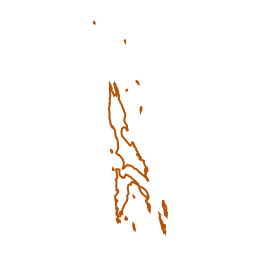 outline of Ko Yao, Phangnga, Thailand, rotated 171°
{"feature_id": "78962969B39979274143767", "entity_name": "Ko Yao", "entity_type": "district", "adm_level": 2, "iso_a3": "THA", "parent_name": "Thailand", "parent_adm1": "Phangnga", "projection": "equal_earth", "projection_center": [98.565, 7.992], "detail": "fine", "context": "isolated", "style": "outline", "palette": "amber", "viewbox_px": 256, "rotation_deg": 171, "n_neighbors": 0, "source": "geoboundaries", "source_scale": "gbopen_adm2", "svg_char_len": 5836}
<svg xmlns="http://www.w3.org/2000/svg" viewBox="0 0 256 256"><g transform="rotate(171 128 128)"><path d="M118.0,76.1L116.8,72.9L116.3,72.8L116.3,73.5L118.3,78.7L118.1,79.9L117.4,79.8L117.3,80.0L118.2,82.8L117.5,83.9L117.4,85.0L116.7,85.3L116.3,84.8L116.2,83.8L116.7,83.1L116.4,82.8L116.3,82.2L115.7,82.2L115.5,83.4L115.2,83.7L115.4,84.4L115.2,85.1L115.4,85.7L116.3,86.5L117.3,88.7L117.8,92.2L117.4,93.2L117.7,93.6L118.8,93.6L120.3,95.0L120.7,94.8L121.0,95.7L121.3,95.4L121.5,95.7L121.1,96.2L121.2,96.6L120.0,96.1L119.8,96.7L121.0,98.6L121.2,99.9L121.6,100.6L122.1,100.5L122.7,99.4L123.3,100.3L122.8,101.3L122.2,101.5L122.3,103.2L123.3,104.5L123.1,105.6L124.2,108.8L124.6,109.1L125.0,108.8L125.3,109.3L124.7,110.7L125.1,112.7L126.2,113.1L126.9,111.5L128.3,110.2L128.6,110.2L134.9,120.7L135.1,122.1L135.2,124.3L134.8,126.1L133.7,128.7L131.6,129.5L129.8,127.9L128.8,129.0L128.7,130.2L128.9,131.3L130.0,133.3L130.6,136.0L129.0,140.3L128.5,142.6L129.3,145.0L129.3,146.6L130.0,148.1L130.6,152.2L131.5,153.9L131.6,155.3L132.7,158.4L132.6,158.9L132.2,159.0L132.3,160.7L131.8,161.1L131.7,161.9L132.4,163.2L132.1,164.5L132.5,168.4L133.6,170.9L134.3,171.0L134.6,170.4L134.4,168.7L133.7,163.3L134.4,161.9L135.2,163.0L135.7,163.2L135.6,163.7L135.9,162.9L136.6,162.2L136.9,163.8L137.4,164.7L137.4,165.9L138.3,167.0L138.7,168.3L137.9,169.1L137.9,170.1L138.4,171.4L138.6,173.4L139.0,174.3L139.5,170.5L139.9,169.3L139.8,168.3L140.3,165.3L140.3,162.8L141.5,159.3L142.0,155.4L142.6,155.0L142.5,154.3L143.0,152.0L143.3,151.7L143.9,149.3L143.8,146.8L144.8,140.2L144.4,137.9L144.6,136.3L144.4,133.6L143.5,131.1L142.8,131.7L142.6,130.6L141.9,129.8L141.9,129.1L141.4,128.5L141.4,121.6L141.2,120.4L140.8,120.4L140.6,120.1L140.2,116.5L140.2,115.1L140.6,114.0L140.6,113.0L140.4,112.5L140.9,110.5L140.7,109.5L140.2,109.0L140.9,109.4L143.6,105.2L142.2,103.2L141.2,102.8L138.7,99.2L137.6,95.6L137.8,92.9L139.3,89.0L140.0,87.9L138.7,89.0L137.8,89.3L135.8,91.0L134.6,91.3L133.8,91.0L133.7,91.3L133.3,90.9L132.1,90.8L130.8,90.1L128.8,88.3L128.1,87.0L125.9,85.9L124.3,83.1L123.7,83.0L123.2,81.9L122.5,81.7L122.0,80.5L121.3,80.1L120.6,78.9L119.6,78.4L119.1,77.3L118.0,76.1ZM151.9,42.1L151.5,41.7L149.1,42.3L148.9,43.6L149.6,44.5L148.7,46.5L148.0,46.3L148.1,45.3L147.9,44.1L147.6,43.7L147.2,43.7L146.8,47.3L144.6,51.1L142.1,54.4L140.5,56.1L139.5,58.7L139.3,61.6L138.1,62.6L137.6,63.6L137.7,68.4L137.2,70.2L136.2,71.9L135.4,72.1L134.1,71.5L133.1,73.9L132.3,74.0L131.0,73.6L130.3,72.6L128.2,71.4L127.8,71.7L128.8,74.2L132.1,77.7L133.1,79.3L134.9,80.4L135.7,81.5L136.9,81.8L137.6,82.4L139.1,79.8L140.6,79.4L141.1,80.5L141.8,80.3L142.9,81.7L143.4,82.9L143.6,84.6L142.9,88.0L144.0,88.9L145.1,88.6L146.0,89.0L145.9,88.1L146.4,86.6L146.1,85.5L146.3,83.3L146.1,81.4L147.4,79.5L147.8,79.3L148.2,80.0L148.1,78.6L147.7,78.1L147.8,76.3L148.3,73.7L148.8,72.5L148.6,70.3L149.2,68.6L148.8,68.0L148.3,68.3L147.6,68.1L147.5,67.0L147.8,66.0L148.5,65.7L148.8,65.0L150.9,63.3L151.5,62.0L151.7,58.6L151.2,58.3L150.6,58.8L150.3,58.5L150.3,57.9L149.9,57.9L149.9,57.5L150.6,56.8L151.4,57.1L151.3,56.0L151.8,54.5L151.7,53.7L152.2,50.2L151.2,50.8L150.7,50.1L151.3,49.4L151.0,48.8L151.0,48.4L151.6,48.0L151.4,47.7L151.5,46.9L152.1,46.2L152.6,46.4L153.0,45.4L152.4,44.7L151.9,44.9L151.8,44.7L151.8,44.0L152.3,44.1L152.6,43.6L152.1,43.4L151.8,42.6L151.9,42.1ZM118.9,55.4L118.6,55.8L118.8,59.7L120.0,63.3L122.7,66.6L125.5,68.1L126.0,68.8L126.0,68.4L126.3,66.9L125.6,64.6L125.6,63.7L124.9,62.3L124.0,60.7L122.0,58.1L120.2,57.2L118.9,55.4ZM104.9,35.9L104.1,35.0L104.2,35.6L103.6,36.3L103.7,35.5L103.3,35.6L102.9,37.6L102.9,39.1L103.4,40.1L102.9,41.4L102.6,43.3L103.1,44.8L103.1,45.7L103.7,46.0L104.2,46.9L104.0,48.0L104.5,49.8L104.5,51.3L105.2,49.7L105.7,46.7L105.7,45.4L104.9,45.4L105.5,44.7L105.1,43.5L105.2,42.6L104.7,41.6L105.1,38.2L104.6,37.1L104.9,36.7L104.9,35.9ZM120.1,50.5L120.6,50.2L120.7,47.2L120.2,43.5L119.6,42.4L118.6,47.8L119.0,49.2L119.7,50.3L120.1,50.5ZM109.6,26.0L109.5,24.5L108.5,25.4L108.9,28.7L108.7,29.3L109.7,32.2L110.1,32.4L110.4,32.1L110.6,31.2L110.2,27.7L109.6,26.0ZM152.7,36.1L151.9,36.7L151.4,38.5L151.6,39.0L153.0,40.4L153.2,40.2L153.4,38.8L153.3,38.3L152.7,37.6L152.9,36.4L152.7,36.1ZM137.7,32.4L138.1,30.8L137.9,26.9L137.3,26.1L137.0,27.0L137.4,29.2L137.1,31.3L137.7,32.4ZM144.6,37.8L143.4,37.8L143.1,38.5L143.6,38.7L144.1,40.1L144.8,39.2L145.0,38.4L144.6,37.8ZM107.7,18.6L107.3,19.8L107.5,20.2L108.5,19.9L109.3,23.0L109.8,23.5L109.7,22.3L109.3,21.8L108.8,19.5L108.1,19.7L107.7,18.6ZM111.9,146.5L112.6,145.0L112.8,142.4L112.0,143.6L111.6,145.0L111.7,146.5L111.9,146.5ZM108.1,25.0L107.4,23.6L107.3,24.1L107.1,24.1L106.8,25.8L106.8,26.3L107.3,26.7L107.6,26.7L108.1,25.9L107.7,25.8L108.1,25.0ZM134.7,171.9L134.5,171.5L133.5,172.2L133.7,173.2L134.3,174.4L134.8,173.6L134.6,173.1L134.7,171.9ZM148.4,108.3L147.9,106.3L147.5,106.3L147.2,106.9L147.5,107.4L147.5,108.3L148.3,108.9L148.4,108.3ZM129.5,125.7L128.5,126.2L128.7,127.1L129.5,126.9L129.7,126.3L129.5,125.7ZM110.5,35.7L111.0,33.7L110.4,33.4L110.2,35.2L110.5,35.7ZM145.0,238.0L145.3,237.5L145.0,236.6L144.6,236.4L144.4,237.2L145.0,238.0ZM127.2,71.6L127.6,70.5L127.4,70.2L126.7,70.8L126.8,71.4L127.2,71.6ZM133.0,59.7L133.0,58.6L132.6,57.7L132.5,59.0L133.0,59.7ZM151.2,38.4L151.0,37.1L150.7,36.8L150.6,38.0L151.2,38.4ZM112.2,173.0L112.4,172.8L112.2,172.1L111.8,171.8L111.3,172.1L112.2,173.0ZM121.5,52.4L121.4,51.5L120.8,51.5L121.2,52.2L121.5,52.4ZM120.7,54.9L120.9,54.1L120.4,54.0L120.3,54.6L120.7,54.9ZM149.3,88.9L148.7,88.9L149.2,90.2L149.3,90.0L149.1,89.7L149.3,88.9ZM117.3,214.9L117.6,214.5L117.3,213.7L117.1,214.6L117.3,214.9ZM123.0,166.0L123.7,165.4L123.7,165.2L123.0,165.4L122.8,165.8L123.0,166.0ZM108.8,19.4L108.9,18.7L108.7,18.0L108.6,18.9L108.8,19.4ZM110.3,38.2L110.3,37.5L109.9,37.5L110.3,38.2ZM111.2,170.7L110.9,169.9L110.7,169.8L110.7,170.4L111.2,170.7Z" fill="none" stroke="#b45309" stroke-width="2"/></g></svg>